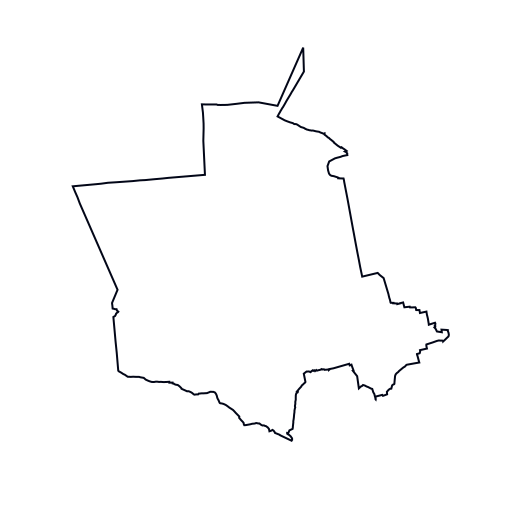 outline of Villa González Ortega, Zacatecas, Mexico, rotated 254°
{"feature_id": "50627088B17706394506285", "entity_name": "Villa González Ortega", "entity_type": "district", "adm_level": 2, "iso_a3": "MEX", "parent_name": "Mexico", "parent_adm1": "Zacatecas", "projection": "mercator", "projection_center": [-101.992, 22.544], "detail": "fine", "context": "isolated", "style": "outline", "palette": "ink", "viewbox_px": 512, "rotation_deg": 254, "n_neighbors": 0, "source": "geoboundaries", "source_scale": "gbopen_adm2", "svg_char_len": 5987}
<svg xmlns="http://www.w3.org/2000/svg" viewBox="0 0 512 512"><g transform="rotate(254 256 256)"><path d="M250.7,104.8L249.8,104.5L248.8,104.4L247.0,104.1L245.0,103.7L244.4,104.9L243.7,105.9L243.3,107.3L242.0,107.3L240.4,108.3L240.0,107.7L239.9,107.0L239.2,105.7L238.1,104.9L237.2,104.0L236.7,102.1L234.2,101.6L212.3,97.4L201.1,95.4L183.9,92.0L183.1,92.2L180.9,94.4L179.2,95.8L177.9,97.3L176.5,98.4L175.3,99.4L174.3,102.4L173.8,104.7L172.9,107.3L172.1,110.2L171.3,111.4L169.8,114.5L167.6,115.9L166.2,117.5L165.0,119.0L163.7,121.0L163.0,123.1L162.8,125.2L162.3,126.7L161.7,128.0L161.2,130.0L160.3,132.3L159.6,135.1L159.0,138.0L158.1,137.8L157.3,140.9L156.5,140.7L155.9,141.9L155.3,142.2L154.3,143.6L153.6,145.2L151.9,146.5L149.6,147.8L148.9,147.8L146.3,150.9L144.9,152.5L144.8,153.4L144.2,154.5L142.9,156.0L141.9,156.9L140.5,157.8L139.7,158.5L139.4,160.6L138.9,162.2L139.5,163.1L139.3,163.9L139.0,165.8L138.5,167.5L137.7,171.1L137.9,173.2L138.1,174.6L137.1,177.7L136.0,179.0L134.2,179.6L132.3,179.8L130.7,179.7L129.4,179.8L127.8,180.2L126.4,180.4L125.2,180.5L124.5,180.8L124.1,181.4L123.7,182.5L123.4,182.9L122.9,183.8L122.0,184.9L121.0,186.0L119.4,187.3L117.6,188.6L115.7,190.3L114.3,191.5L112.4,192.5L110.9,193.2L109.8,193.8L106.3,195.7L105.1,195.2L102.2,196.5L100.2,197.6L98.9,198.1L97.7,197.9L96.6,198.1L96.3,199.3L96.1,201.2L95.9,203.1L95.8,204.5L95.8,206.1L95.4,208.0L95.3,208.9L95.4,209.9L95.3,210.4L94.4,212.0L94.1,213.1L92.3,214.4L91.3,215.5L91.0,216.9L90.2,217.8L89.7,218.7L87.9,220.1L86.1,220.8L83.8,220.6L83.9,222.6L84.3,223.9L83.2,224.8L81.5,225.4L81.3,225.5L80.7,225.5L77.6,229.5L77.2,229.6L72.6,234.8L68.7,239.2L69.7,239.9L69.6,240.1L70.2,240.3L70.8,240.4L73.2,239.6L74.9,238.5L75.6,237.8L76.6,237.0L77.3,237.2L76.8,238.1L79.2,240.1L79.7,243.5L80.1,243.7L80.9,244.1L81.8,244.4L86.0,246.1L86.9,246.3L88.5,247.1L90.1,247.8L93.5,249.1L95.0,249.8L97.1,250.5L97.6,250.8L98.8,251.4L99.7,252.0L100.8,252.0L101.8,252.4L102.9,253.0L105.0,253.6L106.9,254.6L109.0,255.2L111.2,255.9L112.3,256.5L113.1,257.1L113.4,258.4L113.9,258.8L114.2,258.6L114.6,258.2L114.8,258.6L116.1,260.4L116.8,261.5L118.0,263.5L118.9,264.3L119.6,265.9L120.3,267.1L120.6,267.9L121.0,268.5L121.3,268.8L129.7,269.5L131.0,272.7L130.4,275.1L129.3,276.4L129.6,277.0L129.9,277.3L130.5,279.1L129.8,279.4L130.0,280.6L129.1,281.0L129.5,281.8L129.8,282.5L129.0,283.0L129.0,283.6L129.0,284.8L128.9,285.8L128.9,286.5L129.1,287.4L129.2,287.8L128.7,288.1L128.6,288.4L128.7,288.8L128.7,289.1L128.5,289.5L128.1,290.4L127.7,290.5L127.6,291.1L127.1,293.3L127.1,294.7L126.3,294.6L127.0,296.2L126.7,299.4L126.7,300.4L126.7,315.9L125.0,315.9L125.0,316.8L125.2,317.8L123.0,317.9L120.4,318.1L118.9,318.2L118.9,317.5L112.6,320.1L100.4,318.4L101.2,320.0L101.7,321.0L101.8,322.0L102.5,323.3L101.5,324.9L100.1,326.3L99.0,327.8L98.1,328.7L96.8,330.1L96.2,331.1L92.6,331.2L90.7,331.7L88.0,331.6L87.9,331.8L85.3,331.4L85.1,331.5L85.3,331.6L87.9,332.0L87.7,339.1L86.6,339.5L86.7,341.5L86.9,343.9L89.4,344.4L90.8,346.6L91.2,347.6L91.4,348.4L91.2,349.5L94.1,351.2L94.6,352.3L94.7,353.4L95.0,353.8L95.9,354.1L99.0,355.3L100.5,355.9L102.3,356.6L103.7,357.6L104.6,359.0L105.3,360.8L106.0,361.8L106.7,363.4L107.5,365.2L108.3,367.1L108.6,368.5L109.8,370.5L109.9,371.0L109.1,379.0L108.6,383.6L110.6,383.6L115.2,383.7L117.0,383.6L117.4,383.7L117.4,383.8L117.4,386.5L117.5,386.6L118.3,387.1L119.3,387.6L120.3,387.7L119.9,394.8L121.8,394.9L123.2,395.1L123.8,395.3L124.0,395.4L124.2,401.9L124.2,402.0L124.5,406.5L124.4,408.6L124.2,408.9L123.3,411.8L122.8,412.5L122.3,412.4L123.5,414.8L124.7,417.0L125.2,418.0L125.5,418.6L126.1,419.2L127.3,419.7L129.3,419.9L129.6,419.9L130.1,419.8L131.0,419.7L131.5,419.8L131.8,420.0L132.2,419.3L134.1,414.0L131.5,413.6L133.5,409.3L133.6,409.1L135.4,408.8L136.4,408.6L138.0,407.9L138.0,408.5L139.4,408.6L139.3,409.0L140.3,409.2L141.5,409.8L142.5,409.7L142.4,405.1L142.3,403.2L143.5,403.4L145.5,403.6L147.1,403.8L147.8,403.9L149.0,404.0L151.4,404.1L152.2,404.1L154.2,404.3L155.6,404.5L156.0,397.9L159.0,398.2L159.9,395.1L162.0,395.3L162.8,395.0L163.6,391.7L164.2,389.8L164.9,389.8L165.8,384.5L170.8,384.6L170.9,381.7L170.7,381.7L170.8,378.6L171.4,378.7L172.7,374.9L173.1,375.1L173.9,372.6L174.2,372.5L175.4,372.6L177.4,372.7L178.8,372.6L181.4,372.7L182.8,372.8L199.6,372.6L203.6,369.7L206.2,368.3L206.9,352.4L216.6,353.1L224.0,353.8L231.1,354.4L240.8,355.3L251.0,356.3L255.4,356.7L285.7,359.7L302.8,361.2L304.3,361.4L305.6,361.5L306.4,361.5L307.6,357.6L308.0,356.6L308.4,356.9L309.1,356.1L311.3,352.8L312.4,350.5L313.7,349.4L315.2,348.9L318.5,348.9L322.7,349.5L326.7,352.4L328.1,358.8L328.1,361.2L328.0,364.5L328.2,366.7L328.1,368.4L328.0,369.8L327.9,370.7L327.8,371.6L328.6,371.7L329.0,371.8L329.5,372.0L330.1,371.6L330.7,371.6L331.8,370.4L331.9,371.1L332.1,372.0L334.1,370.5L335.7,369.1L337.1,368.1L337.1,367.9L336.7,367.4L339.6,364.9L343.5,362.2L343.6,362.3L344.4,362.0L345.0,361.6L345.9,360.9L346.8,360.4L347.3,359.9L348.2,359.3L349.3,358.7L349.8,358.2L350.4,357.6L351.4,357.1L352.1,356.6L353.7,355.4L355.0,355.7L354.9,354.6L355.8,353.6L357.0,351.9L358.0,350.9L359.1,348.5L359.8,347.2L360.3,346.4L360.7,345.7L361.0,345.1L361.2,344.1L361.9,342.7L362.1,342.1L362.5,341.5L363.0,340.8L363.4,339.9L364.0,339.3L364.6,338.4L365.3,338.0L366.3,336.8L367.1,335.5L367.7,334.6L369.7,332.9L371.0,331.8L371.7,330.9L371.9,330.4L372.3,329.1L373.6,328.0L375.0,325.7L376.8,323.2L378.5,321.0L384.2,315.2L386.5,317.4L387.9,318.9L388.6,319.5L388.9,319.9L391.1,322.2L391.6,322.9L394.2,325.6L396.9,328.3L399.3,330.9L400.6,332.3L401.6,333.4L403.9,335.7L405.0,337.0L420.1,352.9L443.3,358.8L394.4,318.1L403.0,300.8L406.4,287.2L407.6,279.5L409.2,270.0L410.9,263.7L411.8,260.8L412.5,259.9L413.8,255.4L415.6,249.2L416.7,245.8L408.4,244.5L403.4,243.4L397.7,242.1L393.0,240.8L381.2,237.1L348.1,229.3L355.3,193.1L356.3,187.3L357.9,179.1L359.5,170.5L360.7,165.4L362.0,158.1L365.5,141.6L367.2,133.9L368.2,127.0L369.2,121.6L373.5,99.1L367.4,99.8L361.6,100.6L355.1,101.1L261.7,113.6L250.7,104.8Z" fill="none" stroke="#020617" stroke-width="2"/></g></svg>